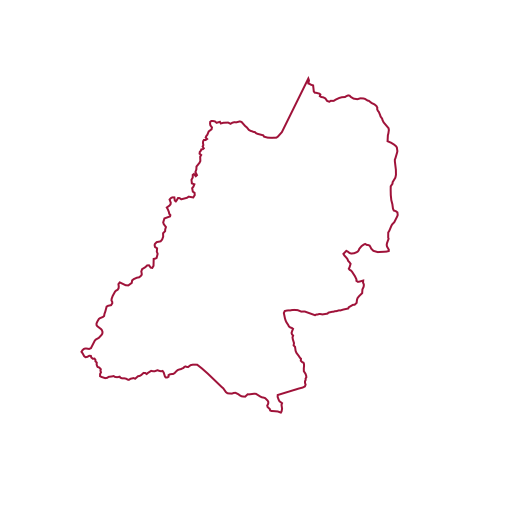 Monte do Carmo, Tocantins, Brazil, rotated 220°
{"feature_id": "56859067B13428701772069", "entity_name": "Monte do Carmo", "entity_type": "district", "adm_level": 2, "iso_a3": "BRA", "parent_name": "Brazil", "parent_adm1": "Tocantins", "projection": "mercator", "projection_center": [-48.031, -10.736], "detail": "fine", "context": "isolated", "style": "outline", "palette": "rose", "viewbox_px": 512, "rotation_deg": 220, "n_neighbors": 0, "source": "geoboundaries", "source_scale": "gbopen_adm2", "svg_char_len": 6105}
<svg xmlns="http://www.w3.org/2000/svg" viewBox="0 0 512 512"><g transform="rotate(220 256 256)"><path d="M328.1,70.4L326.3,70.0L323.2,68.8L321.5,68.9L320.4,70.3L319.6,72.4L318.3,73.3L316.9,72.4L314.9,72.4L313.8,73.6L312.2,73.2L311.3,72.1L309.5,72.0L308.4,70.5L307.2,69.7L306.0,69.2L304.4,69.8L302.1,69.5L301.4,68.1L300.0,67.3L299.6,65.4L298.2,63.7L296.7,64.0L293.0,65.5L291.7,67.0L291.2,68.7L288.8,71.3L287.9,72.5L286.4,72.7L285.2,73.4L283.9,74.5L282.9,75.9L281.6,75.6L280.0,76.2L278.2,77.7L276.4,78.6L274.9,78.8L273.8,79.4L273.2,81.3L271.3,83.8L269.7,84.3L269.1,88.1L268.0,89.4L267.4,91.1L267.0,94.1L265.6,95.2L263.9,95.3L263.7,96.8L262.5,100.6L261.0,101.4L259.6,102.5L258.0,105.2L256.3,105.8L254.6,106.7L253.7,107.9L251.8,107.4L248.2,105.1L246.9,105.0L245.8,106.1L245.4,107.3L246.4,108.5L246.0,109.8L244.9,111.2L243.7,112.3L243.1,113.9L243.0,116.1L242.7,118.2L241.8,119.8L240.8,121.1L240.2,122.5L239.6,123.6L239.6,125.0L239.0,126.1L237.8,126.5L236.6,127.3L236.3,128.9L235.9,130.4L234.5,132.2L231.2,134.9L225.3,135.1L217.4,134.9L198.1,133.6L196.0,133.6L191.6,132.4L189.7,132.5L188.4,133.3L186.0,135.1L185.0,136.8L183.8,138.0L180.5,138.8L179.1,138.8L177.0,139.2L175.5,140.1L173.9,141.3L173.5,144.7L172.4,145.5L168.8,149.4L167.4,150.4L162.3,151.1L160.5,151.6L159.2,152.4L157.6,153.0L154.2,152.7L152.9,152.2L152.0,151.2L151.5,150.0L151.3,148.7L150.1,147.8L147.0,147.6L145.9,146.8L144.5,147.2L143.5,148.0L139.4,150.9L136.3,152.0L136.5,153.3L137.8,155.7L140.8,158.4L141.4,160.0L144.6,159.8L146.3,160.5L148.9,162.0L150.0,163.5L138.0,182.0L135.7,185.2L134.7,187.5L135.3,189.3L136.9,190.3L138.0,191.6L138.3,193.0L139.2,193.9L139.5,195.5L140.7,196.6L142.4,197.6L145.3,198.5L147.2,200.7L148.4,202.5L149.8,204.1L151.0,204.8L152.4,204.4L154.4,204.6L155.5,206.2L157.0,206.3L158.9,206.9L162.8,207.8L164.7,208.8L167.7,211.5L169.7,211.7L170.9,213.7L174.3,215.9L175.8,217.2L176.4,218.9L178.0,219.1L179.3,219.9L180.1,221.8L180.8,224.0L182.4,223.9L183.7,223.3L185.5,223.2L187.1,223.9L190.1,224.8L191.8,225.6L193.7,226.8L198.0,230.2L198.6,232.3L197.5,233.8L196.3,235.1L194.9,236.2L193.7,237.7L192.0,239.3L189.3,241.3L185.6,242.5L183.0,244.8L172.7,248.6L172.2,249.9L171.2,250.8L170.3,252.2L169.1,253.1L167.6,253.9L164.2,257.8L164.1,259.2L161.9,262.1L160.8,263.2L160.0,264.5L158.9,265.5L157.5,267.7L156.4,268.5L154.7,271.1L151.6,275.1L152.0,276.3L150.4,280.8L149.1,282.1L148.8,284.8L149.9,286.4L150.7,287.8L151.2,289.3L151.2,292.0L150.8,295.8L153.0,298.8L153.7,301.4L154.3,302.5L155.2,303.6L156.9,304.4L158.1,306.1L160.2,303.0L161.3,301.7L163.1,301.5L164.1,302.7L167.2,304.1L172.4,305.7L174.1,305.9L175.3,305.6L176.7,305.9L177.1,307.5L178.5,310.8L180.5,311.3L182.3,311.5L183.9,312.4L185.6,312.8L188.7,313.2L190.4,313.8L190.1,318.0L188.2,318.4L186.3,318.4L184.6,319.1L182.6,321.2L181.3,323.7L180.9,325.0L181.0,326.4L181.5,328.0L181.5,331.4L180.8,334.0L180.1,335.4L178.3,335.7L177.3,336.4L175.7,337.0L174.0,336.4L172.5,335.7L169.4,335.4L165.3,337.2L159.0,343.1L157.5,345.1L158.3,346.2L161.8,347.5L163.0,348.5L163.9,350.0L165.5,354.4L166.6,355.1L169.8,359.0L170.1,361.0L171.8,366.5L172.0,367.8L171.8,370.8L173.3,377.1L173.8,378.5L175.7,380.3L177.7,380.2L179.7,379.4L181.5,380.3L184.8,383.3L188.3,385.8L191.9,389.3L195.5,393.4L197.6,396.0L197.9,399.1L198.8,400.4L199.6,405.6L201.0,408.2L204.2,411.9L210.4,417.7L211.6,419.1L212.0,420.4L214.4,425.9L215.1,427.2L217.9,429.7L219.3,430.1L221.8,430.1L225.3,429.6L229.0,428.5L232.6,433.3L233.4,435.0L235.2,437.9L236.6,439.1L244.1,440.4L246.4,441.4L247.7,442.3L250.2,442.9L251.4,443.7L254.5,445.3L256.1,445.6L257.6,446.4L258.4,447.6L260.1,448.3L262.7,448.3L265.8,447.5L269.4,447.4L270.4,446.8L273.5,446.4L275.0,445.7L277.4,443.9L279.1,441.3L282.4,439.3L285.6,438.8L287.3,439.0L288.6,438.3L289.5,436.6L290.0,435.0L292.3,432.8L293.8,430.6L295.4,427.2L296.2,424.8L298.5,422.9L299.0,421.3L301.2,420.5L304.2,421.3L306.4,420.8L308.3,419.7L309.9,419.5L310.5,421.1L311.8,421.1L314.8,419.7L315.9,418.9L317.5,419.2L321.9,423.4L323.8,422.6L325.3,422.3L326.8,421.8L328.3,424.6L330.0,425.6L315.8,367.5L316.0,361.4L316.5,359.7L320.2,356.4L323.1,354.2L326.5,352.6L328.0,353.1L333.5,350.5L335.0,350.1L336.5,350.2L337.8,349.4L339.2,349.0L340.5,348.4L342.6,348.0L345.5,348.6L348.0,348.6L353.2,349.4L354.9,348.7L357.1,345.6L358.6,344.6L359.8,342.9L360.5,340.9L363.1,340.3L366.5,337.2L368.2,334.9L369.9,335.6L371.8,332.7L374.0,332.7L375.5,331.9L377.0,330.7L377.3,329.3L376.2,327.8L374.8,326.7L372.4,326.2L371.5,324.5L372.3,321.0L371.2,317.6L371.2,316.0L370.7,314.4L368.7,314.2L369.2,312.4L370.5,311.4L370.3,310.0L369.3,308.5L367.6,307.1L367.3,305.6L365.2,304.9L365.4,303.6L366.4,302.5L365.9,301.1L366.0,299.7L365.0,298.1L362.9,298.1L362.6,296.2L359.7,293.0L359.2,291.1L359.1,286.3L357.3,283.9L356.4,281.4L353.2,280.0L353.4,278.4L356.3,278.9L356.6,277.5L354.9,275.4L354.4,272.9L351.8,270.4L349.3,271.3L348.5,268.8L348.5,266.9L345.8,264.7L343.7,264.9L342.1,263.3L341.7,260.5L345.7,258.2L346.3,256.2L349.7,251.4L351.8,251.2L353.0,250.3L352.6,248.0L352.5,246.3L353.9,246.3L356.2,248.4L357.8,247.1L358.4,245.7L358.5,243.7L355.5,242.0L354.7,240.6L354.7,239.0L355.5,235.8L353.4,235.0L351.0,233.7L349.6,232.6L347.9,232.3L347.3,231.1L350.3,225.9L348.7,222.1L347.1,221.1L343.6,220.3L342.7,218.1L341.6,216.6L341.8,213.7L339.5,211.1L338.5,208.3L338.5,205.9L341.0,202.8L341.2,200.3L340.7,199.2L339.2,198.0L336.7,198.3L334.8,195.6L332.7,194.4L330.9,190.6L331.4,189.4L332.5,188.0L328.2,182.6L327.8,180.2L329.2,179.4L331.9,180.1L333.3,178.9L333.6,176.3L334.8,172.7L333.9,170.4L332.5,169.3L331.5,168.2L331.4,166.8L331.8,164.6L333.3,162.8L334.8,159.7L335.2,157.7L333.9,155.5L334.9,151.4L337.1,149.8L343.4,148.2L343.3,146.0L341.6,144.5L340.5,142.9L340.3,141.1L340.9,139.7L341.1,138.2L340.1,133.2L339.1,130.5L338.2,129.1L336.6,128.4L335.7,127.4L335.4,125.2L337.3,122.8L337.9,121.2L335.7,116.5L334.9,114.3L333.8,112.4L334.1,110.9L335.6,108.0L335.9,106.8L335.4,103.8L334.8,101.8L333.8,100.6L332.5,100.2L327.5,100.4L326.3,100.1L324.7,99.1L323.8,97.7L323.6,96.3L323.8,92.2L325.0,89.1L325.1,87.6L323.2,79.3L324.1,77.5L326.3,76.2L327.4,75.3L328.1,74.2L328.4,72.4L328.1,70.4Z" fill="none" stroke="#9f1239" stroke-width="2"/></g></svg>